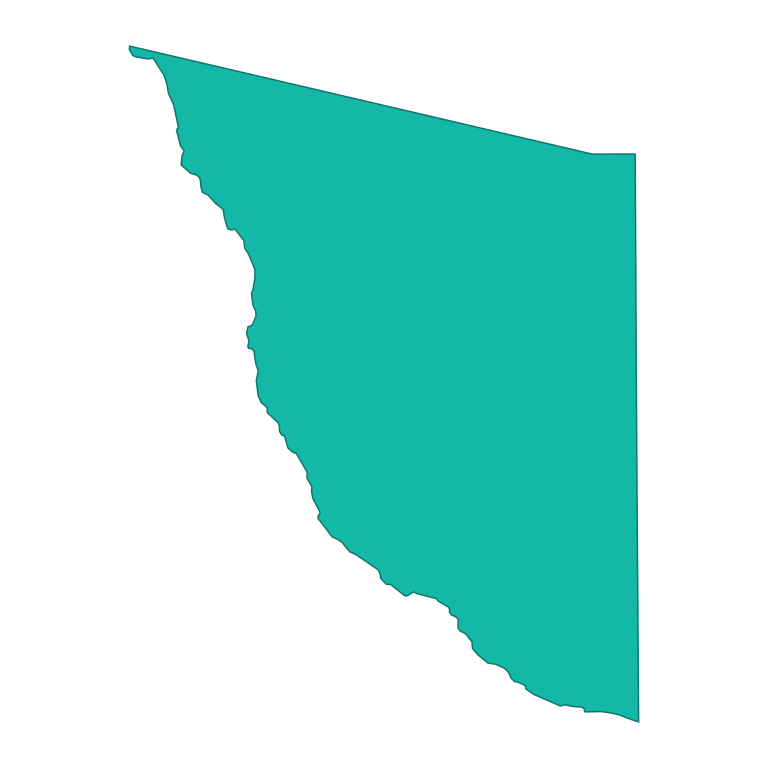 outline of Presidio, Texas, United States of America
{"feature_id": "52423323B92102614150660", "entity_name": "Presidio", "entity_type": "district", "adm_level": 2, "iso_a3": "USA", "parent_name": "United States of America", "parent_adm1": "Texas", "projection": "mercator", "projection_center": [-104.492, 29.947], "detail": "fine", "context": "isolated", "style": "filled", "palette": "teal", "viewbox_px": 768, "rotation_deg": 0, "n_neighbors": 0, "source": "geoboundaries", "source_scale": "gbopen_adm2", "svg_char_len": 1753}
<svg xmlns="http://www.w3.org/2000/svg" viewBox="0 0 768 768"><path d="M129.6,46.1L129.4,49.7L132.9,55.5L135.3,56.7L147.5,58.9L153.2,58.3L164.2,75.4L167.1,84.9L168.3,93.0L173.7,105.0L178.3,126.7L178.3,128.0L177.2,128.8L176.7,131.0L180.5,145.8L184.2,150.9L182.0,155.7L181.2,165.0L190.6,173.2L196.2,174.9L199.1,177.1L200.3,179.8L200.9,186.5L202.5,192.5L207.8,194.8L215.5,203.3L223.1,209.3L224.7,218.6L227.4,227.9L228.3,229.1L232.2,230.0L233.5,229.1L235.1,229.2L243.9,240.7L244.7,248.2L248.4,253.7L255.0,269.7L254.9,278.3L252.9,290.0L251.5,293.2L253.0,305.5L255.7,311.1L256.0,316.2L252.7,324.1L250.3,326.3L248.0,326.7L246.6,333.6L249.1,341.1L247.8,346.7L248.6,348.1L252.3,349.2L254.0,351.3L255.8,363.7L258.3,370.9L256.3,380.4L258.2,396.0L261.4,402.7L267.1,407.5L267.3,412.3L268.1,413.4L278.2,422.8L279.4,426.3L279.5,431.3L282.0,435.3L284.3,435.6L288.1,448.2L292.8,452.2L295.0,453.1L295.7,452.5L307.2,472.2L307.0,478.0L311.9,486.9L311.5,491.6L312.9,498.5L319.8,511.7L320.0,513.3L317.9,516.3L318.3,518.8L332.1,536.8L338.0,539.6L342.4,542.7L349.7,551.8L355.8,554.5L378.4,570.0L380.6,575.8L380.5,578.0L386.3,584.3L390.6,584.4L404.8,595.8L406.2,596.1L409.3,594.7L413.3,591.9L417.3,593.7L436.5,598.7L438.1,601.0L448.6,607.2L449.6,609.2L449.5,612.3L451.5,615.0L455.2,616.5L458.3,618.9L458.0,627.2L458.6,629.1L460.5,631.2L465.7,633.8L472.0,642.0L472.5,648.6L478.3,655.2L488.1,663.1L495.9,664.3L504.1,668.1L507.6,671.3L509.7,674.6L510.7,677.7L514.5,681.5L517.2,681.9L525.2,685.5L525.9,688.9L533.3,694.2L560.4,706.0L564.4,704.8L573.9,706.6L581.9,707.1L584.5,709.0L584.5,711.4L585.3,711.9L600.9,711.5L611.1,713.0L619.1,714.8L627.3,718.1L638.6,721.9L636.6,425.6L635.2,154.0L592.2,154.1L335.2,94.1L129.6,46.1Z" fill="#14b8a6" stroke="#0f766e" stroke-width="1.5"/></svg>